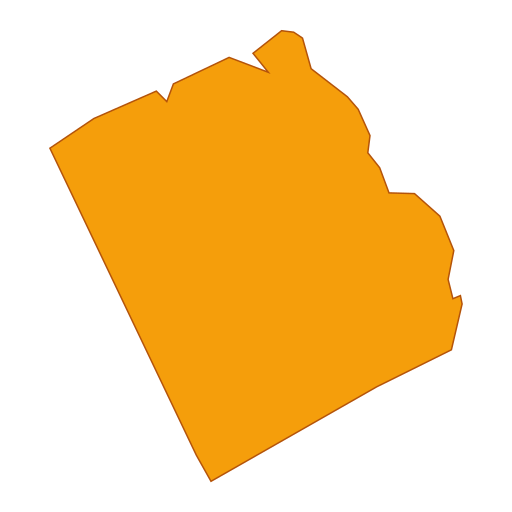 Wilkinson, Georgia, United States of America
{"feature_id": "52423323B58767298738144", "entity_name": "Wilkinson", "entity_type": "district", "adm_level": 2, "iso_a3": "USA", "parent_name": "United States of America", "parent_adm1": "Georgia", "projection": "mercator", "projection_center": [-83.113, 32.796], "detail": "fine", "context": "isolated", "style": "filled", "palette": "amber", "viewbox_px": 512, "rotation_deg": 0, "n_neighbors": 0, "source": "geoboundaries", "source_scale": "gbopen_adm2", "svg_char_len": 480}
<svg xmlns="http://www.w3.org/2000/svg" viewBox="0 0 512 512"><path d="M211.0,481.3L376.7,386.8L451.4,349.8L462.1,304.0L460.4,295.6L452.9,298.7L448.1,279.4L453.8,250.6L439.9,216.2L414.5,193.6L389.0,192.9L379.7,167.8L367.8,152.8L370.0,135.6L358.2,109.3L347.4,96.8L311.1,68.7L302.5,38.1L293.7,32.2L281.6,30.7L253.0,53.3L268.3,72.3L229.1,57.4L173.4,83.9L166.8,101.6L156.3,91.1L93.9,118.5L49.9,148.2L196.4,455.3L211.0,481.3Z" fill="#f59e0b" stroke="#b45309" stroke-width="1.5"/></svg>